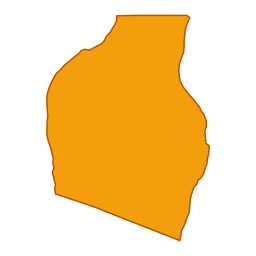 the district of Novo Gama, Goiás, Brazil
{"feature_id": "56859067B18027266556468", "entity_name": "Novo Gama", "entity_type": "district", "adm_level": 2, "iso_a3": "BRA", "parent_name": "Brazil", "parent_adm1": "Goiás", "projection": "equal_earth", "projection_center": [-48.065, -16.126], "detail": "fine", "context": "isolated", "style": "filled", "palette": "amber", "viewbox_px": 256, "rotation_deg": 0, "n_neighbors": 0, "source": "geoboundaries", "source_scale": "gbopen_adm2", "svg_char_len": 1238}
<svg xmlns="http://www.w3.org/2000/svg" viewBox="0 0 256 256"><path d="M209.2,145.8L205.8,143.3L205.5,137.3L204.8,131.4L206.3,126.3L206.3,121.2L204.1,115.0L201.2,110.9L199.3,106.8L196.6,103.7L194.0,100.1L190.9,96.6L188.2,93.6L185.9,90.6L183.3,87.0L180.5,82.1L179.2,76.2L178.7,69.1L179.7,63.1L180.9,59.1L183.5,52.8L184.1,46.6L184.1,41.1L184.7,35.5L185.0,31.1L186.2,26.6L187.6,22.4L189.8,17.6L186.7,15.4L179.7,15.4L174.5,15.4L170.8,15.4L165.3,15.4L161.9,15.4L158.6,15.4L153.4,15.4L148.4,15.4L143.6,15.4L139.7,15.4L133.7,15.4L116.9,15.8L116.6,20.4L114.8,24.8L112.7,27.9L110.6,31.8L106.7,35.9L104.0,41.1L101.4,43.8L97.5,45.9L93.2,48.1L89.1,50.3L85.1,49.3L81.1,50.5L78.7,53.7L74.8,56.6L69.6,61.0L64.9,64.7L60.1,70.1L56.2,73.6L52.2,80.8L49.3,87.4L47.1,94.3L46.8,100.3L47.2,108.6L47.8,115.4L47.1,122.4L46.9,135.0L48.1,140.5L50.5,147.1L52.2,154.3L53.4,158.7L52.9,163.2L53.9,167.8L52.4,172.2L53.8,178.4L55.5,184.6L54.6,189.0L55.6,194.0L93.6,206.7L127.7,220.2L171.7,237.4L179.7,240.6L180.7,236.5L181.6,230.5L183.9,226.0L189.1,212.4L189.9,204.8L190.1,199.8L191.3,194.9L193.7,187.7L196.8,184.2L198.0,180.2L201.4,177.5L203.8,173.2L205.0,168.5L206.9,163.9L207.2,159.4L208.7,153.8L209.2,145.8Z" fill="#f59e0b" stroke="#b45309" stroke-width="1.5"/></svg>